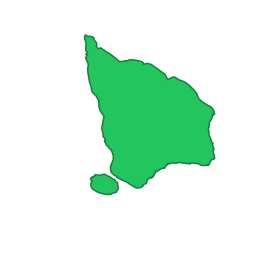 Tutuala, Lautém, East Timor (Equal Earth projection), rotated 125°
{"feature_id": "22284137B2107732035789", "entity_name": "Tutuala", "entity_type": "district", "adm_level": 2, "iso_a3": "TLS", "parent_name": "East Timor", "parent_adm1": "Lautém", "projection": "equal_earth", "projection_center": [127.23, -8.446], "detail": "fine", "context": "isolated", "style": "filled", "palette": "green", "viewbox_px": 256, "rotation_deg": 125, "n_neighbors": 0, "source": "geoboundaries", "source_scale": "gbopen_adm2", "svg_char_len": 5606}
<svg xmlns="http://www.w3.org/2000/svg" viewBox="0 0 256 256"><g transform="rotate(125 128 128)"><path d="M62.5,88.5L60.4,91.4L58.9,96.2L58.0,102.4L57.7,106.5L58.3,110.4L59.4,114.4L59.3,116.8L59.6,118.8L59.9,119.6L60.3,120.2L60.8,120.7L63.3,121.9L65.4,123.2L65.2,124.0L64.7,125.1L64.3,125.6L62.8,128.3L62.8,133.9L62.6,138.8L62.6,142.5L62.6,145.0L62.8,146.0L63.5,148.1L64.3,149.5L65.2,150.5L66.3,151.2L66.6,151.5L66.6,151.9L65.8,153.3L65.7,154.3L66.0,155.4L66.4,156.7L68.1,160.6L70.5,164.9L71.4,165.9L72.2,166.5L73.2,166.9L74.5,169.0L75.7,169.8L77.0,171.1L77.7,172.0L78.0,172.8L78.2,173.0L78.7,173.0L78.7,173.4L78.0,177.7L77.7,183.0L77.6,186.7L77.8,187.6L78.1,191.1L77.9,191.7L78.1,193.2L78.1,194.1L77.8,195.0L77.8,195.4L78.1,196.3L78.3,196.5L78.6,196.9L79.0,196.9L79.7,197.6L80.0,198.6L80.0,198.9L79.3,200.7L77.5,201.4L77.0,201.8L76.6,202.5L76.4,202.5L76.2,202.7L75.9,204.2L74.8,207.0L74.5,207.4L73.8,207.5L73.7,207.8L73.8,208.5L73.7,209.7L73.8,209.9L74.4,210.2L74.5,211.7L75.0,212.3L75.8,212.7L75.9,213.0L76.0,214.6L76.3,216.3L76.9,215.9L78.0,215.9L78.7,215.6L79.7,214.7L81.8,211.9L83.0,210.7L84.0,210.0L86.9,208.4L88.2,207.3L88.6,206.8L88.8,206.8L89.2,205.1L89.7,204.3L90.0,204.6L91.0,204.5L91.3,204.8L91.4,204.7L91.6,204.8L91.9,204.2L91.8,203.8L91.9,203.5L92.1,203.7L93.4,203.1L94.1,202.6L94.8,203.0L95.1,202.2L95.7,201.7L95.9,201.1L96.6,199.9L97.1,199.4L97.2,199.1L97.6,198.4L98.8,197.0L100.3,195.8L101.3,195.7L101.9,195.4L103.4,194.4L105.9,192.3L107.4,190.9L108.6,189.5L110.9,187.5L112.4,185.9L114.7,182.7L116.3,181.0L117.9,179.6L118.6,178.7L119.4,176.9L119.7,174.0L119.9,173.0L121.8,169.1L122.5,167.9L123.0,167.3L123.2,166.9L123.1,166.7L123.9,166.4L125.0,165.6L125.4,165.5L126.3,164.5L127.1,164.2L127.3,163.6L129.5,161.4L129.9,160.7L130.0,160.1L130.3,159.6L131.8,155.2L132.2,154.6L134.2,153.2L134.7,153.2L141.1,150.4L142.7,149.5L144.1,148.5L146.0,146.4L146.6,145.5L146.8,144.7L147.5,144.7L148.0,144.3L148.5,144.1L149.2,143.4L149.6,142.8L149.5,142.5L149.6,142.2L149.5,141.6L150.0,140.6L150.5,140.1L150.9,140.2L151.3,139.7L151.7,139.8L151.8,139.4L152.2,139.5L152.4,139.4L154.7,135.3L154.4,134.7L154.5,133.6L154.8,132.9L155.1,132.6L155.1,132.2L155.5,131.5L155.4,131.1L155.6,130.0L155.6,129.9L155.4,129.9L155.5,129.7L156.5,128.0L156.6,127.6L158.9,124.5L159.8,123.5L160.6,123.3L161.0,123.1L161.5,122.3L161.8,122.1L168.3,120.6L170.0,119.9L171.5,119.0L173.0,117.3L173.8,116.6L174.1,115.7L174.3,114.3L174.1,114.1L174.1,113.8L174.5,112.8L174.4,110.9L174.2,110.2L174.3,109.8L174.7,108.9L174.7,108.0L174.3,104.4L173.1,98.6L172.9,96.2L173.1,94.5L172.8,92.3L172.8,90.0L172.5,88.6L172.6,87.8L172.2,86.7L170.8,84.6L170.6,84.4L170.5,84.5L170.1,84.0L169.2,83.2L167.7,82.7L167.2,82.7L167.0,82.9L166.8,82.6L166.3,82.7L166.1,82.6L165.8,82.9L165.5,82.9L163.7,81.7L163.5,81.4L163.0,81.2L162.2,81.3L161.5,81.7L161.4,81.9L160.6,82.3L160.6,82.2L159.9,82.3L158.5,82.3L157.9,81.9L156.9,82.0L156.4,81.7L156.2,81.2L155.8,81.2L155.7,81.0L155.6,80.8L155.5,80.3L155.0,80.3L154.7,79.7L154.4,79.7L153.8,80.2L153.3,79.8L153.1,79.3L152.2,79.5L151.8,79.6L151.8,79.8L151.5,79.7L150.8,80.0L150.1,80.0L149.7,79.8L149.2,79.8L148.8,80.0L148.0,79.9L147.2,80.3L147.2,79.7L146.9,79.3L146.0,79.0L145.1,78.5L144.7,78.6L144.4,78.4L143.9,78.3L142.4,77.2L141.3,76.9L140.3,75.4L139.8,75.4L139.8,75.1L139.6,74.9L139.2,74.8L138.1,75.3L137.0,75.1L136.1,74.7L135.7,75.0L135.2,75.1L134.9,74.8L134.8,75.0L134.5,74.8L134.2,75.0L134.1,74.9L133.8,74.6L133.8,74.2L133.8,73.7L132.2,72.7L130.8,71.1L129.8,69.3L129.8,69.0L129.6,68.6L129.3,68.3L128.8,68.2L127.9,67.6L127.8,67.2L127.6,67.2L126.8,66.2L125.2,62.8L123.7,60.2L123.2,58.9L122.9,58.8L122.3,57.3L122.2,57.4L121.7,57.2L121.5,56.7L121.4,56.8L121.3,56.7L121.1,56.6L119.8,55.3L118.9,53.7L118.7,52.8L118.3,52.4L118.2,52.0L117.3,50.9L116.7,49.3L116.7,48.9L116.9,48.8L116.6,47.0L115.9,45.2L115.2,44.3L114.0,43.0L113.1,41.5L112.8,41.2L112.7,41.3L112.7,41.1L112.0,40.8L110.8,40.7L109.7,40.9L108.9,41.3L108.2,41.4L107.5,41.1L106.2,41.4L105.5,41.1L104.7,40.1L104.1,39.8L103.7,40.0L103.2,39.7L102.7,39.9L102.5,40.0L102.2,40.7L102.0,40.9L101.2,41.2L101.0,41.6L100.7,41.7L100.6,41.9L100.5,42.4L100.3,42.8L99.9,43.2L99.8,43.4L99.3,43.7L98.6,44.6L98.1,45.0L97.3,45.2L96.9,45.1L96.8,45.7L96.3,46.3L95.6,46.6L95.5,46.4L95.4,46.7L94.8,47.0L94.2,48.1L92.4,49.8L91.9,49.8L92.1,50.2L91.9,50.6L90.0,53.6L88.6,55.1L87.6,57.3L86.8,58.1L86.1,58.7L85.0,59.1L84.9,59.3L84.3,59.8L82.7,61.7L81.8,62.1L80.7,62.0L80.3,62.6L79.5,63.1L78.7,63.3L78.2,63.2L78.1,63.6L77.9,63.9L77.2,64.5L76.8,64.6L73.7,64.6L71.5,65.0L69.7,65.8L69.4,65.7L69.4,65.9L69.0,66.2L68.3,66.0L68.3,65.8L67.9,66.0L67.4,65.7L66.8,65.4L66.8,65.5L66.8,65.4L66.6,65.5L66.5,65.8L66.4,66.3L66.1,66.3L65.8,66.7L65.2,66.6L63.9,69.3L63.9,69.7L63.4,71.1L63.1,72.6L63.1,73.0L63.6,75.0L63.9,79.2L63.9,83.9L63.4,86.3L63.0,87.5L62.5,88.5ZM186.3,101.3L185.3,100.8L183.1,101.3L181.8,102.3L180.0,104.4L179.2,104.8L178.9,105.3L178.8,107.0L178.2,109.0L178.1,109.4L178.4,111.5L178.5,115.0L179.0,118.1L179.1,119.9L179.5,121.0L181.3,122.6L182.7,123.6L183.2,124.4L184.0,126.2L185.0,127.7L185.8,128.0L185.7,128.1L186.1,128.1L186.6,127.9L187.0,127.9L187.2,128.0L187.4,128.6L187.8,128.7L188.0,128.6L188.3,129.1L188.5,129.2L188.9,129.1L189.0,128.9L189.1,129.0L189.3,129.0L189.6,129.5L190.1,129.7L190.9,129.7L191.0,129.4L191.7,128.8L192.2,126.8L193.5,127.0L193.8,126.8L194.1,126.8L195.0,126.3L196.7,125.1L197.4,124.4L197.8,123.6L198.2,122.6L198.3,121.8L198.1,117.2L197.7,115.1L196.5,111.4L194.9,107.7L193.6,105.7L192.7,104.9L192.3,104.1L191.6,103.7L191.2,103.8L189.8,102.9L188.7,101.7L187.4,100.9L187.1,101.0L186.8,101.3L186.3,101.3Z" fill="#22c55e" stroke="#15803d" stroke-width="1.5"/></g></svg>